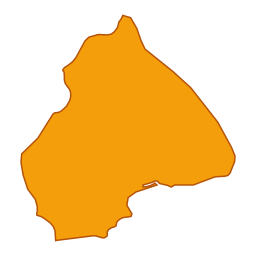 map outline of Los Santos (Mercator projection)
{"feature_id": "PAN-1339", "entity_name": "Los Santos", "entity_type": "Province", "adm_level": 1, "iso_a3": "PAN", "parent_name": "Panama", "parent_adm1": "", "projection": "mercator", "projection_center": [-80.421, 7.617], "detail": "fine", "context": "isolated", "style": "filled", "palette": "amber", "viewbox_px": 256, "rotation_deg": 0, "n_neighbors": 0, "source": "natural_earth", "source_scale": "10m", "svg_char_len": 1268}
<svg xmlns="http://www.w3.org/2000/svg" viewBox="0 0 256 256"><path d="M122.8,15.4L130.6,17.7L136.8,28.4L141.1,40.8L145.0,49.1L173.0,71.6L190.8,87.8L217.7,122.1L231.4,147.2L235.0,156.0L234.6,161.7L230.1,173.0L227.8,175.5L224.2,176.3L216.4,176.7L214.0,177.2L193.3,185.0L174.8,185.0L171.2,187.0L167.6,185.4L159.7,183.5L157.0,181.0L155.0,181.0L152.4,182.3L143.0,185.0L143.0,187.0L146.7,186.6L149.8,185.8L152.4,184.7L155.0,183.2L157.0,185.0L135.9,192.0L128.1,197.6L126.9,205.4L131.9,213.8L131.0,216.5L123.7,217.5L121.7,218.1L119.4,219.5L117.5,221.2L116.7,222.6L116.0,225.9L114.0,227.0L111.4,227.7L108.5,229.7L107.2,232.1L107.3,234.2L107.1,236.0L104.7,237.7L102.5,237.9L96.9,236.2L93.7,235.7L57.8,240.2L55.7,240.6L54.9,230.2L53.0,226.1L50.0,222.7L43.9,218.2L41.2,216.6L36.9,215.2L36.7,213.8L37.3,210.7L37.2,206.4L35.3,199.4L27.7,189.1L23.1,174.9L21.0,162.2L21.7,153.9L37.9,138.1L52.8,114.4L54.5,112.9L58.3,112.4L60.4,111.6L62.8,109.7L66.5,106.2L69.6,100.8L70.7,96.9L70.7,93.5L70.3,91.3L69.3,89.0L65.5,83.9L64.7,81.7L64.3,79.0L64.4,76.9L64.1,72.2L62.8,70.5L63.1,69.3L64.6,67.5L68.4,65.1L72.7,61.6L76.1,57.3L85.0,40.9L88.8,37.2L98.3,34.5L107.5,34.9L111.3,34.1L114.3,31.8L117.6,27.3L118.9,21.9L120.9,19.4L122.8,15.4Z" fill="#f59e0b" stroke="#b45309" stroke-width="1.5"/></svg>